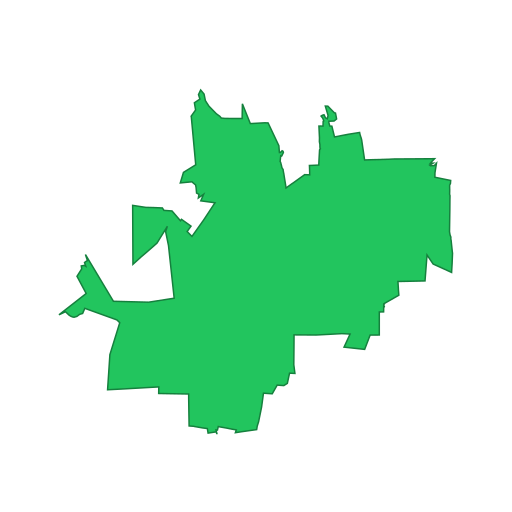 General Cepeda, Coahuila, Mexico (Albers equal-area conic projection), rotated 262°
{"feature_id": "50627088B43418129703441", "entity_name": "General Cepeda", "entity_type": "district", "adm_level": 2, "iso_a3": "MEX", "parent_name": "Mexico", "parent_adm1": "Coahuila", "projection": "albers", "projection_center": [-101.488, 25.544], "detail": "fine", "context": "isolated", "style": "filled", "palette": "green", "viewbox_px": 512, "rotation_deg": 262, "n_neighbors": 0, "source": "geoboundaries", "source_scale": "gbopen_adm2", "svg_char_len": 4057}
<svg xmlns="http://www.w3.org/2000/svg" viewBox="0 0 512 512"><g transform="rotate(262 256 256)"><path d="M362.0,294.0L386.1,286.5L386.7,283.1L387.9,268.8L404.1,264.8L408.6,263.7L394.1,261.4L395.4,252.0L395.5,251.4L396.6,244.3L397.4,240.9L399.4,239.6L402.4,236.5L411.0,230.2L413.9,228.9L414.0,228.8L416.9,227.5L423.6,227.1L428.1,224.3L423.8,221.5L419.2,222.3L416.3,216.3L409.0,216.5L403.4,211.2L402.6,211.3L363.0,209.4L354.7,209.0L348.9,195.8L344.3,193.7L338.9,191.2L338.4,202.8L335.3,205.6L334.7,206.1L333.8,206.1L332.2,206.2L326.6,205.9L325.0,208.1L321.5,207.0L324.4,212.7L318.3,209.0L315.5,219.0L314.4,222.8L314.2,222.6L299.1,209.3L284.3,195.3L289.8,191.2L294.6,195.8L302.7,187.3L301.4,186.1L312.3,179.1L314.0,171.1L314.4,171.0L315.9,170.3L316.6,170.0L318.2,161.4L319.5,153.6L323.3,140.9L264.9,133.0L270.9,141.8L274.9,148.1L282.5,159.7L297.8,172.4L292.7,169.9L278.5,170.8L225.6,169.1L225.2,143.2L231.0,108.5L281.2,87.3L275.0,88.4L273.5,85.3L269.5,86.0L270.6,84.6L270.5,81.6L267.5,81.6L260.8,75.9L242.5,82.6L225.2,52.7L227.3,59.6L225.4,61.1L223.4,62.7L222.0,64.4L221.1,66.0L220.7,67.3L221.1,70.2L222.8,73.3L223.2,76.3L228.0,79.2L212.1,109.3L208.9,111.8L178.7,97.6L144.2,90.4L142.8,106.3L139.9,141.5L133.4,140.5L131.6,151.8L129.2,167.0L128.7,170.1L125.7,169.7L125.1,169.6L97.0,166.1L96.0,170.8L95.8,171.1L93.2,179.1L91.9,183.8L87.3,183.9L87.4,192.2L85.4,192.4L85.1,192.4L85.5,192.6L87.9,192.3L89.4,192.2L89.0,193.6L92.4,194.9L91.8,196.4L91.0,198.9L89.6,203.2L89.1,204.6L88.7,205.6L88.5,206.4L87.8,208.3L86.7,211.8L86.5,212.3L83.9,211.0L84.0,217.0L84.0,217.6L84.0,218.1L84.0,218.6L84.0,219.1L84.0,219.6L84.0,220.8L84.0,221.2L84.0,221.8L84.0,222.3L84.0,222.8L84.0,223.3L84.0,226.0L84.0,232.5L87.3,233.5L91.5,235.5L105.6,240.5L119.1,244.3L117.3,252.9L125.2,259.0L123.8,265.5L125.5,269.3L135.3,272.9L134.3,278.2L143.1,278.3L163.1,281.3L172.6,282.7L170.5,297.0L169.5,303.7L169.3,305.6L168.1,319.3L168.1,319.5L167.2,329.9L166.8,332.3L165.6,338.3L153.5,330.5L148.4,350.6L161.8,358.0L160.6,367.1L183.4,370.3L182.9,374.6L188.6,375.5L188.1,376.0L188.3,376.1L188.9,375.8L189.3,375.6L190.8,375.9L190.7,376.5L191.2,376.7L197.3,392.0L202.3,392.3L204.5,392.5L211.0,393.0L209.8,403.0L207.8,419.9L233.2,425.5L223.4,430.3L212.5,447.4L221.5,449.2L231.4,451.0L233.1,451.0L244.3,451.4L245.8,451.3L247.6,451.6L249.9,451.1L253.1,451.0L274.9,454.4L285.0,455.9L287.4,456.3L288.8,456.5L289.0,456.5L290.2,456.3L290.7,456.4L293.1,456.8L293.8,456.9L295.1,457.1L295.3,457.1L298.5,457.5L299.4,457.7L300.6,458.6L303.7,459.3L309.1,444.1L313.5,444.8L322.7,447.6L320.7,445.1L321.1,441.3L321.9,440.6L323.3,444.3L323.7,441.7L325.1,443.3L327.5,446.4L330.1,426.8L332.8,406.7L332.9,405.9L333.4,400.2L333.5,399.5L333.6,398.8L333.6,398.2L333.7,397.5L334.0,395.0L334.1,394.0L334.2,392.8L335.1,385.3L336.0,376.9L356.1,376.8L358.1,376.6L359.5,376.3L361.9,375.9L363.9,375.8L363.7,364.3L363.0,350.3L374.0,349.2L374.3,347.5L374.4,347.2L377.8,346.7L379.3,346.9L378.8,352.1L379.5,353.2L379.5,353.3L380.5,354.9L386.5,354.6L386.9,353.5L394.4,348.0L394.8,345.5L385.2,346.9L383.7,346.4L382.0,345.7L382.9,344.5L383.1,344.1L384.5,343.6L385.6,343.3L386.4,343.0L386.3,342.1L386.2,341.6L386.1,341.2L385.7,340.3L385.5,339.9L384.7,340.4L383.1,341.3L382.2,341.5L380.3,341.9L379.8,341.2L377.4,340.8L375.3,340.4L375.7,338.1L375.9,336.4L369.6,335.8L364.2,335.3L360.5,334.7L359.8,334.7L357.2,334.8L356.2,334.6L354.0,334.4L353.2,334.7L352.7,334.0L352.2,333.7L342.1,331.7L337.3,330.8L338.2,321.5L337.0,321.4L332.4,320.9L331.4,320.8L330.0,320.6L328.9,320.5L329.8,315.5L328.6,313.3L326.9,310.0L326.7,309.6L326.2,308.7L324.7,305.8L324.4,305.3L324.0,304.5L323.5,303.6L323.3,303.2L322.6,301.7L322.0,300.6L319.2,295.2L321.5,295.2L322.1,295.2L332.2,295.0L333.2,295.0L333.4,295.0L334.9,294.9L335.3,294.9L336.9,294.8L337.7,294.9L339.4,294.2L339.9,293.9L341.2,293.9L342.1,293.8L345.4,293.4L346.4,293.0L346.5,293.1L351.8,294.4L351.4,295.3L351.9,295.7L352.7,296.2L354.6,297.5L354.9,297.5L355.7,297.4L356.0,297.3L356.6,296.5L355.3,294.8L355.2,293.6L355.7,293.6L362.0,294.0Z" fill="#22c55e" stroke="#15803d" stroke-width="1.5"/></g></svg>